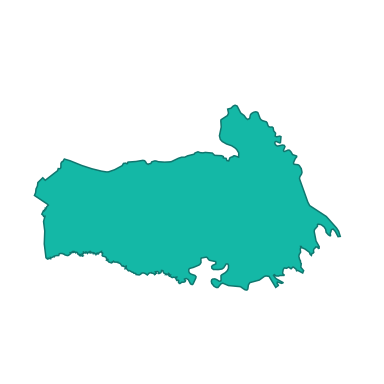 the district of Mueang Surat Thani, Surat Thani, Thailand, rotated 101°
{"feature_id": "78962969B86261158660404", "entity_name": "Mueang Surat Thani", "entity_type": "district", "adm_level": 2, "iso_a3": "THA", "parent_name": "Thailand", "parent_adm1": "Surat Thani", "projection": "albers", "projection_center": [99.361, 9.1], "detail": "fine", "context": "isolated", "style": "filled", "palette": "teal", "viewbox_px": 384, "rotation_deg": 101, "n_neighbors": 0, "source": "geoboundaries", "source_scale": "gbopen_adm2", "svg_char_len": 6069}
<svg xmlns="http://www.w3.org/2000/svg" viewBox="0 0 384 384"><g transform="rotate(101 192 192)"><path d="M242.4,335.2L243.4,333.6L244.3,333.0L243.9,331.7L249.3,332.1L258.4,329.1L271.2,327.1L284.4,322.8L285.4,321.1L285.1,320.4L284.4,320.5L284.5,318.1L283.3,318.4L283.5,317.7L282.0,315.8L281.9,314.9L281.3,315.1L280.3,313.1L279.8,310.7L278.0,310.5L277.4,309.4L277.1,307.1L277.5,306.5L277.4,305.6L278.0,304.8L278.2,302.2L277.8,301.2L275.5,299.2L274.8,299.8L274.7,299.0L274.2,298.7L274.2,297.8L273.6,297.9L273.6,296.9L273.0,297.2L272.9,296.5L273.6,296.4L273.1,295.5L273.9,294.5L273.3,294.1L273.1,293.6L273.5,292.8L274.6,292.4L274.9,291.0L274.6,289.9L275.2,290.9L275.8,290.4L275.0,289.5L275.9,289.2L275.5,288.2L275.9,287.3L275.4,286.7L274.8,287.9L274.1,287.4L273.7,287.9L273.1,287.0L271.7,287.1L272.3,285.6L271.5,285.2L272.0,284.6L271.2,284.3L272.1,283.0L271.4,283.0L271.2,281.4L270.7,281.9L270.4,281.5L270.7,280.8L269.8,280.6L270.1,280.1L270.9,280.4L271.2,279.9L270.9,279.3L270.4,279.3L270.7,278.6L270.4,277.8L271.0,277.4L270.4,277.3L270.3,276.6L270.9,276.3L271.2,275.4L271.0,274.9L271.8,274.3L270.3,273.7L270.1,273.3L270.8,272.9L270.6,272.0L269.4,271.7L267.8,269.7L268.4,269.7L268.5,268.6L269.1,268.0L269.6,268.4L270.1,268.0L271.2,268.2L271.9,267.6L272.2,264.5L272.8,263.6L274.0,263.2L274.2,261.9L275.3,262.8L275.8,261.1L276.6,260.3L277.0,257.5L276.4,256.8L275.8,256.9L275.8,256.2L274.9,255.9L275.6,254.4L275.2,252.9L275.4,251.8L275.0,251.4L275.5,251.0L275.9,248.8L278.1,246.4L277.5,245.5L278.1,245.0L278.1,243.9L277.3,242.4L278.3,242.2L279.3,243.1L280.1,243.1L279.6,241.9L281.5,239.4L281.1,238.4L282.2,235.3L282.1,234.3L282.8,233.7L282.7,231.7L283.7,231.2L283.5,228.0L282.3,226.5L281.5,226.3L280.7,224.5L280.9,222.5L282.0,220.0L279.8,218.6L278.9,216.5L279.3,216.2L279.3,214.0L280.3,213.0L279.7,212.3L278.7,212.3L278.5,211.5L277.3,212.7L276.6,210.6L277.1,209.7L278.4,209.3L278.1,208.4L277.6,208.3L277.4,207.4L276.2,206.9L274.8,207.0L274.7,206.5L274.9,205.4L275.7,205.2L277.1,203.9L277.4,202.2L278.0,202.2L277.5,201.4L278.0,201.1L277.4,199.7L276.3,199.6L276.3,199.3L277.0,198.5L278.2,199.0L278.5,198.5L277.9,197.5L279.0,197.8L278.9,196.7L279.5,196.2L279.8,195.0L279.1,193.9L279.3,193.0L278.4,190.7L278.9,190.7L279.2,191.7L279.9,191.5L281.7,190.1L281.2,189.1L281.4,188.2L283.0,188.2L284.2,187.0L284.1,186.3L282.5,184.8L282.0,182.7L281.3,181.7L280.3,181.4L279.4,182.6L278.9,182.8L278.0,181.2L278.7,178.9L282.5,175.9L282.9,174.2L282.1,173.4L275.6,171.8L274.3,171.9L273.3,173.3L272.8,177.1L272.1,178.9L270.6,180.0L268.5,180.4L267.4,179.6L265.8,176.3L262.4,171.2L261.1,170.2L259.5,169.7L256.2,170.5L255.1,170.3L253.2,165.6L253.5,164.5L255.2,162.8L255.7,161.7L255.8,155.8L256.2,155.2L258.0,154.9L260.2,157.9L261.4,158.5L263.0,158.0L264.0,156.2L263.1,151.2L261.9,147.9L260.3,146.4L256.1,144.7L255.8,143.2L257.0,142.2L260.0,141.7L262.4,142.3L264.8,143.9L267.7,147.1L268.6,147.6L272.8,146.7L273.9,146.8L274.4,148.3L273.3,150.9L272.9,153.0L273.5,155.1L274.4,155.9L275.9,156.0L277.9,155.2L280.3,152.4L281.1,149.9L280.8,148.3L276.7,146.1L275.6,144.4L276.9,138.4L275.7,126.4L277.8,121.6L277.9,120.0L277.6,119.2L276.6,118.7L272.4,118.9L269.9,117.9L265.6,109.1L261.1,104.9L260.3,103.4L260.1,100.3L269.7,91.6L267.3,89.4L266.5,89.9L265.8,91.0L264.1,91.0L264.6,86.7L264.0,85.5L263.5,85.4L261.2,92.5L260.2,94.1L258.2,96.1L257.4,95.4L258.4,93.5L258.0,91.0L257.2,89.8L256.4,85.9L255.9,85.7L254.9,87.3L254.2,87.6L250.7,87.7L248.9,86.9L248.9,84.7L247.3,82.7L248.5,80.1L246.5,78.7L246.4,78.0L247.9,75.2L249.4,74.3L248.8,73.2L250.4,67.9L247.9,67.4L245.1,70.8L241.4,71.1L240.7,71.9L238.7,72.5L237.7,73.5L234.6,74.9L232.7,74.8L230.4,73.9L227.2,74.9L226.4,74.5L224.7,75.1L224.6,74.4L225.7,73.5L226.4,70.3L228.8,65.2L230.7,64.1L231.5,62.7L229.4,62.5L228.9,61.4L227.9,60.9L226.7,61.5L225.4,61.6L224.2,61.2L223.0,60.1L222.4,60.1L222.1,58.3L223.3,57.2L223.0,56.5L221.4,56.7L216.4,60.9L207.5,64.5L205.6,64.6L201.7,62.3L200.0,62.6L199.5,62.2L199.4,59.0L201.1,55.6L203.1,53.7L206.0,52.6L208.0,50.0L208.7,48.1L208.4,47.7L206.0,48.4L204.4,48.0L203.1,48.1L202.2,47.7L201.4,46.4L203.4,43.8L208.0,40.1L207.3,38.0L202.5,40.6L199.8,43.2L190.4,55.5L182.9,73.9L179.8,76.4L158.5,89.0L156.5,89.1L153.4,87.9L151.6,87.8L148.2,89.2L145.5,91.8L145.0,93.2L145.3,97.0L144.6,97.8L143.4,97.9L139.5,97.0L137.5,95.9L136.7,96.2L136.1,100.4L133.6,102.6L132.4,104.3L132.5,105.7L134.5,108.7L134.6,109.6L133.7,110.2L129.7,109.4L128.6,110.4L128.6,112.2L130.7,116.9L129.8,119.0L128.1,120.2L126.6,119.8L126.3,118.8L127.1,115.3L126.7,114.6L120.7,115.2L120.4,116.5L121.7,119.5L121.3,121.0L118.3,121.2L116.4,123.5L113.5,124.6L112.9,125.7L113.4,127.9L113.2,129.1L112.3,130.1L109.8,131.4L108.9,132.5L108.5,136.4L107.9,138.0L106.8,139.2L101.5,142.5L101.1,143.6L101.2,145.1L102.1,146.9L103.7,148.7L105.2,149.4L108.7,149.4L110.2,151.2L109.1,153.2L107.0,155.4L105.1,159.3L99.0,164.1L98.6,166.3L99.8,168.0L102.3,169.7L103.8,172.8L107.7,171.2L110.2,171.8L115.5,177.3L116.6,177.3L122.7,175.7L131.6,175.8L135.0,174.2L136.7,171.9L138.3,167.2L139.0,162.0L140.4,158.4L141.7,156.3L144.7,153.6L148.9,152.9L148.3,157.0L148.7,158.3L149.7,158.7L150.1,159.9L151.2,161.3L154.5,161.9L154.5,163.8L152.5,164.9L152.5,167.8L151.2,168.0L150.7,169.9L151.7,176.8L149.9,179.5L150.6,186.5L151.5,188.7L151.8,191.5L151.4,193.8L153.1,196.5L154.5,197.2L157.3,203.2L159.2,205.7L159.8,208.8L161.5,211.8L166.1,218.0L166.6,219.3L167.9,224.5L168.7,230.7L168.4,233.4L168.7,234.8L170.1,237.3L171.9,237.9L172.6,239.7L173.3,240.3L172.6,242.2L171.6,242.9L170.3,244.5L170.3,246.3L172.7,252.7L174.8,260.4L175.2,260.8L176.4,260.7L176.7,261.7L176.3,262.5L177.0,264.7L179.5,265.6L184.9,272.2L188.2,277.9L188.6,279.6L188.8,284.8L188.3,294.7L187.0,305.3L184.6,317.6L184.0,323.6L186.6,324.6L187.5,325.7L189.0,326.1L192.9,325.4L193.9,325.7L194.4,326.3L194.5,327.8L196.7,328.0L208.5,338.3L206.5,341.2L212.1,345.1L215.6,344.9L218.7,345.7L222.6,345.4L225.5,346.0L231.4,331.9L232.3,330.5L234.2,331.8L235.8,332.1L235.8,332.7L236.4,332.4L236.5,332.8L237.6,332.9L237.5,333.3L238.5,333.5L238.6,334.1L239.2,333.9L239.3,334.4L242.4,335.2Z" fill="#14b8a6" stroke="#0f766e" stroke-width="1.5"/></g></svg>